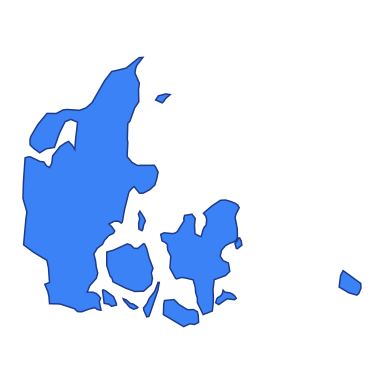 outline of Denmark
{"feature_id": "DNK", "entity_name": "Denmark", "entity_type": "country or territory", "adm_level": 0, "iso_a3": "DNK", "parent_name": "Europe", "parent_adm1": "", "projection": "mercator", "projection_center": [10.731, 56.183], "detail": "fine", "context": "isolated", "style": "filled", "palette": "blue", "viewbox_px": 384, "rotation_deg": 0, "n_neighbors": 0, "source": "natural_earth", "source_scale": "50m", "svg_char_len": 3626}
<svg xmlns="http://www.w3.org/2000/svg" viewBox="0 0 384 384"><path d="M101.0,310.2L100.3,310.2L97.2,309.4L95.0,307.7L89.4,308.9L81.8,311.8L77.6,311.6L74.3,308.6L60.7,304.2L58.5,303.9L49.5,303.7L49.0,296.7L47.9,291.7L44.8,284.3L49.5,282.5L48.5,267.9L46.9,260.3L33.8,252.4L23.6,244.8L25.9,219.0L26.9,212.0L23.0,198.4L23.4,182.7L25.1,157.8L28.4,156.8L30.7,157.0L40.0,161.5L43.8,161.9L46.5,165.9L49.5,167.5L51.8,163.3L52.6,156.0L60.0,146.6L65.1,143.1L68.6,141.4L72.1,145.2L74.8,149.5L75.5,140.1L77.6,122.2L70.7,119.4L65.0,121.8L59.4,133.2L54.4,147.4L46.2,148.8L39.7,152.8L33.9,148.6L30.1,144.9L30.0,139.5L30.9,136.3L37.8,124.6L47.0,113.4L56.3,113.5L63.1,109.9L67.1,109.5L79.7,110.3L86.2,107.8L92.1,102.6L104.6,80.7L111.7,71.5L126.0,68.2L139.2,57.6L142.9,57.4L136.7,65.4L135.7,68.4L134.9,73.1L139.4,83.3L138.5,89.5L138.8,101.7L134.6,108.0L129.8,121.4L127.8,123.3L127.3,138.9L127.8,142.6L127.1,156.6L132.0,162.4L137.1,165.4L154.3,165.3L156.0,167.8L158.1,172.1L156.6,179.4L154.8,185.0L149.8,189.6L143.4,193.1L139.5,193.2L134.1,186.6L131.5,188.8L128.9,192.1L124.4,210.1L122.3,222.1L121.2,223.1L118.7,221.3L114.4,221.2L108.9,224.0L111.7,226.6L114.7,231.0L113.5,233.2L108.7,235.6L104.4,240.4L102.6,244.1L97.2,248.4L93.8,253.9L95.5,260.7L96.2,266.6L97.7,273.1L96.3,278.3L89.7,285.8L87.2,292.2L92.9,292.2L96.4,293.6L98.5,295.5L100.6,298.2L99.3,301.6L101.0,310.2ZM237.3,229.0L237.4,237.5L236.1,240.0L234.3,241.7L229.5,243.4L225.3,245.8L221.6,250.1L220.2,256.2L223.1,260.6L228.4,263.0L229.8,271.4L225.4,275.6L214.2,279.7L213.0,289.7L213.4,297.5L213.2,303.2L212.3,311.0L203.2,314.6L197.4,302.7L197.3,297.9L195.6,292.3L195.3,287.5L193.2,279.8L184.6,277.8L181.3,277.5L176.6,278.9L175.5,278.3L169.9,267.9L170.8,256.2L167.9,250.4L167.4,247.7L167.5,244.7L165.1,242.3L162.1,241.0L160.7,234.4L164.1,232.8L172.5,233.6L175.0,233.1L177.2,231.8L184.0,220.9L183.8,218.5L184.6,215.4L191.9,214.2L195.2,218.4L194.5,225.2L195.0,233.8L199.4,236.1L201.2,236.5L203.0,230.1L204.3,227.0L206.1,225.3L206.7,219.5L205.7,215.9L203.4,213.3L211.8,206.0L220.4,200.3L225.4,200.0L230.5,201.4L235.2,203.3L237.7,205.0L239.2,207.7L236.0,214.0L235.1,217.5L237.3,229.0ZM144.6,244.0L146.6,248.4L149.1,257.9L153.0,268.4L151.3,272.8L152.5,278.5L151.3,284.3L143.6,291.2L134.8,291.5L125.8,288.2L113.0,281.8L112.0,278.3L110.2,276.3L106.7,265.4L106.8,252.0L113.2,250.3L127.3,243.9L130.6,244.9L133.9,248.2L137.9,248.4L143.5,243.7L144.6,244.0ZM179.1,304.6L187.6,309.8L193.4,309.5L197.3,311.7L198.2,315.0L198.6,322.4L194.5,324.5L189.9,323.8L183.7,326.6L163.4,314.6L163.7,304.5L164.5,300.5L174.1,299.6L179.1,304.6ZM358.6,293.7L356.8,295.1L348.8,292.8L339.1,287.0L340.6,275.5L343.1,270.6L360.7,283.4L361.0,288.2L358.6,293.7ZM148.9,316.4L146.7,316.9L143.8,310.1L143.5,308.0L146.9,303.7L149.1,298.7L154.8,291.2L158.1,282.3L159.3,282.4L157.9,290.3L150.4,312.3L148.9,316.4ZM116.5,305.1L111.5,306.3L108.9,304.2L104.2,303.4L102.5,290.5L103.0,289.8L105.4,290.7L113.5,296.7L116.3,303.3L116.5,305.1ZM236.3,298.4L234.5,299.7L227.1,298.8L218.7,304.6L215.6,302.7L216.8,299.0L217.6,297.7L220.4,296.1L222.3,293.8L223.1,290.2L224.8,292.1L230.0,292.9L232.5,294.1L234.6,295.8L236.3,298.4ZM142.8,229.2L142.0,230.7L138.9,229.1L138.6,223.5L139.7,218.6L138.4,214.1L139.9,211.2L144.2,217.9L145.4,221.0L143.7,224.8L142.8,229.2ZM164.2,100.8L162.2,102.9L155.6,100.0L158.5,95.8L165.8,93.9L170.1,94.6L165.4,98.7L164.2,100.8ZM136.9,308.3L133.6,309.2L129.9,307.4L123.9,300.5L123.2,298.7L126.3,299.9L130.2,303.4L133.4,304.2L137.8,307.3L136.9,308.3ZM241.9,245.1L237.4,248.7L236.4,248.5L234.9,243.5L237.3,240.5L238.7,237.9L239.7,238.0L241.1,240.8L241.9,245.1Z" fill="#3b82f6" stroke="#1e3a8a" stroke-width="1.5"/></svg>